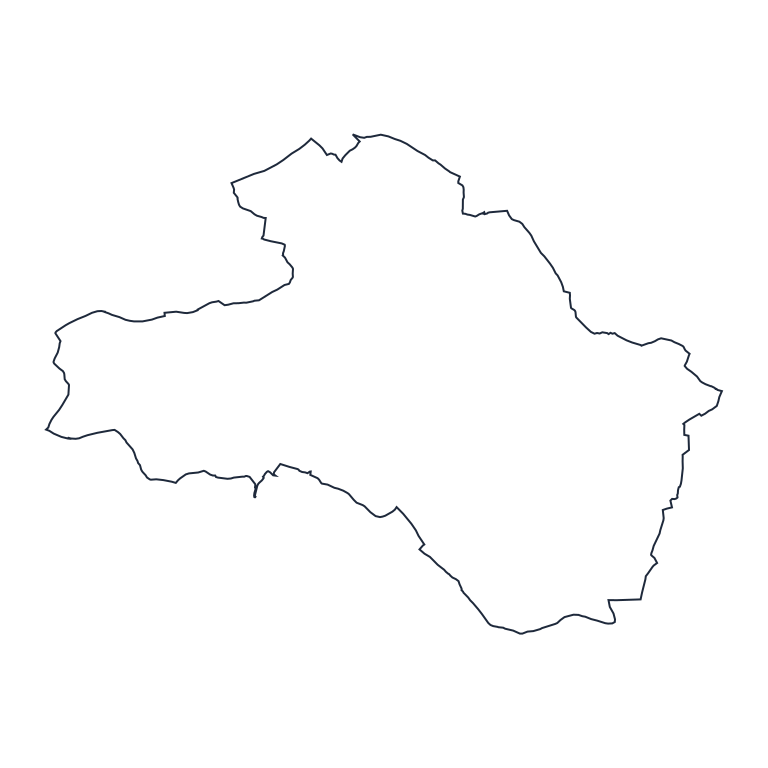 outline of Frata, Cluj, Romania
{"feature_id": "2599482B89853314027288", "entity_name": "Frata", "entity_type": "district", "adm_level": 2, "iso_a3": "ROU", "parent_name": "Romania", "parent_adm1": "Cluj", "projection": "orthographic", "projection_center": [24.028, 46.701], "detail": "fine", "context": "isolated", "style": "outline", "palette": "slate", "viewbox_px": 768, "rotation_deg": 0, "n_neighbors": 0, "source": "geoboundaries", "source_scale": "gbopen_adm2", "svg_char_len": 6069}
<svg xmlns="http://www.w3.org/2000/svg" viewBox="0 0 768 768"><path d="M640.6,599.4L642.1,592.4L645.4,579.3L645.8,576.2L647.9,573.5L652.5,566.9L653.7,565.5L657.1,563.0L654.4,557.9L652.0,555.9L651.2,555.1L651.1,554.7L651.4,553.1L652.5,550.3L653.7,545.9L659.6,533.5L660.3,530.2L663.4,520.3L663.7,518.1L662.8,510.0L666.9,508.6L672.0,507.4L670.4,500.6L672.1,498.9L674.6,499.1L676.3,498.5L677.5,497.5L677.2,495.0L677.8,493.5L678.0,490.3L678.4,488.6L678.8,487.2L679.9,486.7L680.9,483.8L681.5,480.4L682.8,468.3L682.6,461.3L682.7,456.7L682.6,454.8L689.0,450.0L688.5,435.7L684.3,434.9L684.2,429.5L684.4,425.0L683.3,423.9L685.0,422.5L689.3,419.6L699.3,413.8L701.3,415.7L705.1,413.7L708.8,410.9L712.1,409.4L716.8,405.9L718.4,401.1L719.3,397.1L721.9,391.1L717.4,389.9L716.5,388.9L715.6,389.0L714.7,387.9L711.3,386.2L710.7,386.2L705.5,384.2L702.1,382.4L700.3,381.1L697.0,376.5L691.4,371.8L687.1,368.8L684.7,366.0L684.7,365.6L686.9,361.6L689.0,355.1L689.6,353.8L685.6,350.6L684.8,349.4L683.6,346.9L682.7,346.0L678.8,344.0L674.4,342.2L671.4,340.5L661.1,338.3L657.9,339.4L654.9,341.2L651.1,342.8L648.4,343.2L641.4,345.7L640.9,345.1L632.1,342.5L626.5,340.3L617.6,335.7L614.7,333.1L612.4,333.7L610.5,332.8L608.6,334.1L607.2,333.1L602.3,332.3L599.7,333.5L597.0,333.0L594.5,333.7L590.9,331.9L586.1,327.5L576.2,317.4L575.9,316.4L575.5,312.1L575.1,311.0L574.4,310.1L571.5,308.4L571.0,307.8L569.8,298.8L570.0,295.3L569.8,292.8L563.8,291.3L562.9,286.9L561.2,282.2L557.6,275.4L555.7,273.4L552.9,267.8L550.0,263.6L544.3,256.3L540.9,252.9L533.9,241.3L531.3,235.6L529.4,232.9L524.4,227.2L522.3,223.9L519.4,221.7L513.9,220.1L511.8,219.1L509.1,215.4L507.1,210.8L489.7,212.3L488.1,212.7L487.1,213.5L484.4,214.2L483.8,213.7L483.1,213.6L484.3,212.6L484.2,212.2L483.0,213.0L479.3,214.3L476.6,216.0L475.2,216.5L469.8,214.9L467.5,214.6L465.3,213.8L462.9,213.6L462.3,210.6L462.8,208.8L462.9,199.5L463.8,197.5L463.9,196.6L463.6,192.6L463.7,189.7L463.4,187.2L462.4,185.4L458.3,183.0L458.3,181.3L459.9,176.6L450.0,172.1L449.4,171.5L445.0,168.5L440.5,164.6L438.6,163.4L435.1,160.4L432.8,160.4L428.5,157.7L425.1,155.0L417.5,151.0L406.8,143.9L400.4,140.8L394.8,139.0L388.4,136.4L380.8,134.7L370.6,136.8L366.8,136.9L364.2,137.8L360.1,137.2L352.7,134.4L359.7,141.5L358.3,142.9L356.5,146.0L355.0,147.6L352.6,149.3L349.8,150.7L345.3,155.2L342.6,158.5L341.5,161.8L339.6,160.5L337.5,158.2L335.5,154.7L334.0,154.6L332.0,153.7L330.7,153.5L326.9,155.0L322.5,148.4L319.4,145.3L311.1,138.6L309.2,140.7L304.8,144.7L299.3,148.9L291.6,153.6L283.3,160.0L276.7,164.4L264.3,170.9L254.0,173.9L231.5,183.1L233.5,187.6L234.1,189.5L233.8,192.8L237.4,197.3L237.7,198.1L237.5,198.8L238.2,202.0L239.0,204.7L240.1,206.6L242.9,208.4L250.7,211.1L254.5,214.3L256.9,215.7L261.5,217.0L263.6,217.9L265.7,218.0L263.5,235.6L262.4,236.9L261.8,238.5L262.8,238.7L264.1,239.5L270.7,241.2L281.7,243.4L284.7,244.7L284.9,246.0L283.8,251.1L283.0,253.3L283.1,254.8L282.7,255.4L285.0,257.6L287.5,262.3L289.7,264.3L292.2,267.3L292.8,268.3L293.0,269.0L292.7,273.5L292.9,276.9L292.6,277.7L290.7,280.0L289.9,282.4L288.9,283.9L284.5,285.0L277.3,289.6L272.2,292.0L259.0,300.3L254.5,300.7L253.1,301.3L246.3,302.7L243.9,302.6L238.6,303.2L233.4,303.3L228.2,304.7L224.6,305.2L218.5,301.0L216.5,301.6L212.0,302.3L209.4,303.2L197.6,309.6L197.7,310.2L192.9,312.1L187.1,313.1L184.0,312.9L176.2,311.7L164.5,312.8L164.8,316.0L157.5,317.6L151.9,319.6L142.5,321.4L134.0,321.4L129.8,320.8L125.5,319.8L119.4,317.1L112.0,314.9L108.5,313.3L104.7,312.0L104.8,311.7L101.4,311.0L97.4,311.2L92.0,312.8L85.6,315.9L77.6,319.1L69.4,323.1L65.7,325.2L56.7,331.1L55.5,332.5L55.4,333.3L60.5,341.1L59.7,343.3L59.2,347.1L57.7,352.6L54.7,358.4L53.6,361.5L53.6,362.5L54.3,363.7L59.4,368.5L62.9,371.1L64.0,372.9L64.3,374.1L64.7,379.2L65.9,381.2L68.5,384.0L69.0,385.0L68.4,394.6L62.3,405.0L59.1,409.9L53.5,416.8L51.5,419.8L49.4,424.0L48.3,427.5L46.1,429.6L49.3,430.8L53.7,433.6L61.4,436.9L67.8,438.5L68.8,438.6L68.2,438.0L68.4,437.8L70.8,438.5L75.7,438.8L79.1,438.3L83.0,436.7L87.5,435.2L97.4,432.8L112.3,430.1L114.6,429.9L118.0,432.1L120.2,434.0L123.4,438.2L125.4,440.2L126.5,442.5L132.6,449.4L134.3,452.9L136.0,458.4L137.5,461.0L138.1,463.0L140.0,465.2L141.1,469.4L141.8,470.8L142.7,472.1L145.6,475.2L147.0,477.5L149.8,479.4L150.9,479.7L156.3,479.3L163.4,480.1L171.7,481.7L175.8,482.9L177.9,480.4L180.1,478.4L185.8,474.4L189.0,473.4L198.2,472.5L203.8,470.8L205.6,471.5L210.2,474.6L212.8,475.5L215.2,475.5L216.0,477.0L218.0,477.6L227.5,478.8L230.9,478.5L233.8,477.6L242.0,476.7L244.2,476.7L245.8,476.0L246.8,476.0L249.6,476.9L255.2,484.1L255.3,485.3L255.0,487.5L255.5,488.3L255.5,489.3L254.4,493.0L254.1,495.5L254.3,497.0L254.6,497.2L255.2,497.2L255.5,496.6L255.0,496.1L254.9,495.4L257.3,485.7L258.1,484.1L259.2,482.8L261.9,480.4L263.5,478.3L263.7,477.8L263.0,476.7L263.8,476.0L265.0,473.9L266.8,471.9L267.7,471.3L268.2,471.2L270.1,472.3L273.1,475.3L275.4,475.6L273.7,474.3L274.1,472.2L280.3,464.0L289.4,466.9L297.7,469.1L298.6,469.7L299.4,470.8L302.1,472.0L305.2,472.4L307.5,473.2L309.8,471.6L310.7,471.5L310.3,474.9L317.6,478.2L319.1,479.7L321.1,482.9L321.9,483.6L327.6,484.6L334.4,487.8L338.1,488.7L343.3,490.7L347.6,493.1L349.0,494.2L353.8,499.9L356.6,502.7L362.7,505.1L364.6,506.3L370.4,512.2L375.6,516.1L380.0,517.1L382.6,516.6L385.3,515.7L392.5,511.6L394.9,509.6L396.6,507.1L403.2,513.8L411.4,523.8L415.9,530.4L418.5,535.8L424.3,544.5L422.9,545.5L419.5,549.4L424.5,553.7L429.9,556.9L437.7,564.8L444.2,569.8L445.9,571.8L448.3,573.8L449.2,574.2L450.2,575.5L452.4,577.5L455.8,579.1L458.5,581.1L459.6,584.4L461.4,588.2L461.7,589.3L461.5,590.1L463.0,591.6L463.5,592.7L468.2,597.5L470.2,600.3L472.9,603.0L478.1,609.1L481.9,614.0L488.3,623.0L490.5,625.0L493.2,626.1L497.7,626.9L498.3,627.2L503.2,627.7L505.1,628.7L513.2,630.6L519.9,633.6L522.4,633.6L527.5,631.6L533.3,631.1L540.2,629.1L542.0,628.1L555.3,623.9L557.3,623.0L560.5,620.0L564.5,617.1L573.5,614.7L578.5,614.9L582.3,616.2L585.2,616.7L591.2,619.1L597.1,620.6L605.3,623.2L608.1,623.6L612.3,623.4L614.8,622.0L615.0,619.3L613.5,613.5L609.8,606.9L608.5,600.1L616.8,600.2L640.6,599.4Z" fill="none" stroke="#1e293b" stroke-width="2"/></svg>